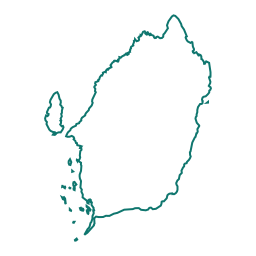 Pulau Morotai, Maluku Utara, Indonesia (Robinson projection)
{"feature_id": "22746128B67952855762127", "entity_name": "Pulau Morotai", "entity_type": "district", "adm_level": 2, "iso_a3": "IDN", "parent_name": "Indonesia", "parent_adm1": "Maluku Utara", "projection": "robinson", "projection_center": [128.365, 2.304], "detail": "fine", "context": "isolated", "style": "outline", "palette": "teal", "viewbox_px": 256, "rotation_deg": 0, "n_neighbors": 0, "source": "geoboundaries", "source_scale": "gbopen_adm2", "svg_char_len": 5696}
<svg xmlns="http://www.w3.org/2000/svg" viewBox="0 0 256 256"><path d="M181.7,26.2L181.1,23.9L178.4,19.0L175.3,15.9L173.5,15.4L171.9,16.5L168.5,21.3L167.0,25.3L167.9,28.3L164.7,33.2L163.4,34.5L163.2,36.8L161.9,38.0L160.1,38.2L157.7,36.6L156.3,37.0L156.0,37.9L154.9,38.1L154.2,37.6L153.5,35.7L151.4,34.9L150.5,33.7L149.9,33.9L150.2,35.1L149.7,35.2L147.7,32.2L147.1,32.5L147.5,33.2L147.4,34.4L146.6,34.6L145.2,33.4L145.4,32.5L144.7,31.3L143.1,31.8L141.4,35.4L140.5,34.9L140.3,36.4L139.2,36.6L138.9,37.6L138.5,37.7L139.1,39.1L139.0,39.9L138.5,40.6L136.6,41.2L135.0,39.2L134.9,40.3L133.9,40.9L134.1,41.8L133.0,44.7L133.3,45.5L131.2,46.7L130.8,47.7L131.0,48.5L130.1,49.4L130.2,50.5L129.7,51.3L130.0,51.9L128.2,52.7L128.8,53.0L128.7,54.0L127.5,54.8L126.5,53.7L126.0,53.7L125.9,54.7L124.5,54.7L123.9,55.6L122.4,56.1L121.0,57.5L119.4,57.1L119.6,58.5L118.2,59.5L118.6,60.5L118.2,61.5L117.6,61.5L117.3,60.7L116.3,61.1L114.9,60.6L114.1,60.8L113.8,61.8L112.7,62.3L110.5,65.2L111.1,66.8L111.5,66.3L111.9,66.4L111.5,66.4L111.5,67.2L108.4,68.6L108.7,68.9L108.0,69.8L106.7,69.6L106.0,70.7L105.8,72.2L104.9,71.8L102.9,72.7L103.1,73.6L102.4,74.9L101.8,75.1L101.9,75.5L101.1,75.5L99.9,77.1L99.2,79.4L98.5,79.8L98.4,80.5L98.1,80.3L97.7,81.4L95.4,82.2L95.1,83.5L95.9,84.9L94.4,86.5L94.3,87.3L95.3,88.8L95.0,91.2L95.8,92.2L92.3,99.6L92.1,101.6L92.7,102.8L91.7,105.5L89.1,108.5L88.7,110.2L86.2,112.8L85.2,114.5L85.2,115.4L82.0,117.7L81.2,119.2L81.3,120.5L79.4,122.2L79.1,123.2L76.4,124.0L75.9,125.7L72.6,127.2L70.8,128.7L70.3,130.2L67.9,132.4L66.6,134.9L66.1,136.3L67.6,136.8L69.7,136.7L71.7,135.9L73.5,136.9L74.2,138.3L73.6,139.3L75.3,140.9L76.0,143.0L76.9,143.1L77.3,145.2L80.5,145.9L80.3,146.6L81.4,146.6L80.3,148.1L81.3,148.2L81.5,149.8L80.3,151.1L79.8,155.5L80.2,157.4L79.6,159.1L78.6,160.6L79.3,161.7L81.0,162.7L80.9,164.7L81.4,165.7L81.0,170.9L79.7,174.5L79.6,176.2L79.9,178.5L81.0,181.1L80.4,187.5L81.8,189.6L81.4,191.7L82.8,194.6L82.6,197.4L87.5,201.2L88.9,199.7L90.0,199.4L91.9,202.7L91.5,203.7L91.6,205.1L93.6,207.9L93.4,209.4L93.7,209.2L94.2,210.4L93.4,211.4L93.5,211.9L93.0,211.8L93.5,212.0L93.7,213.3L92.5,216.0L92.4,218.7L91.3,222.1L90.5,223.0L89.7,226.3L89.0,227.7L87.6,229.1L84.4,234.8L87.4,232.7L93.9,225.4L93.9,224.5L94.5,223.6L94.2,218.3L96.0,216.6L98.9,217.1L103.1,217.0L105.9,215.8L109.4,215.9L113.8,213.7L117.3,212.9L124.2,209.7L132.8,209.1L135.1,208.2L138.8,208.1L141.1,209.8L145.8,210.3L148.2,209.5L149.0,208.2L150.0,207.7L151.1,207.7L152.8,209.2L155.9,208.8L160.8,205.6L161.5,203.6L161.6,201.9L162.3,201.3L163.9,201.3L166.7,198.3L167.4,195.3L168.3,194.4L169.4,193.7L172.0,193.4L172.2,193.8L172.5,193.5L173.4,194.1L174.3,194.1L175.8,193.1L177.0,191.5L177.5,189.8L177.5,186.3L176.5,184.6L176.2,183.1L177.4,180.5L178.9,179.1L179.7,175.1L181.8,172.9L181.5,170.6L183.1,167.4L184.1,166.4L184.2,164.4L185.0,163.6L186.6,163.2L187.0,161.9L189.1,159.7L190.2,157.8L190.7,156.4L190.1,155.0L189.9,152.2L190.5,151.5L192.3,142.5L194.9,137.3L195.5,136.9L196.4,133.4L196.8,133.4L197.7,131.7L197.4,129.1L199.2,126.1L199.2,125.5L196.8,122.8L195.5,118.7L195.8,117.1L196.6,116.1L196.6,114.3L197.3,112.2L197.3,110.0L198.0,107.1L200.1,104.0L201.7,103.9L202.5,103.1L202.7,101.3L202.4,101.3L202.0,99.3L202.6,97.6L203.5,96.8L205.7,96.3L207.8,94.3L209.2,92.5L209.3,90.6L210.3,89.8L210.9,88.3L210.5,87.2L209.6,86.6L209.7,86.0L209.4,86.4L208.8,85.9L210.2,83.1L210.4,81.7L209.0,77.5L209.4,76.7L210.4,76.8L210.5,76.2L210.5,72.2L209.1,62.8L206.2,61.4L204.8,63.8L204.1,63.8L203.9,61.9L202.1,59.3L201.4,59.1L201.3,56.3L200.5,55.0L199.2,54.5L199.1,55.4L198.5,55.5L196.4,52.2L194.1,53.2L193.4,52.1L193.0,52.2L192.7,51.2L193.9,50.1L194.0,49.1L192.9,46.6L192.4,42.4L191.9,42.0L190.5,42.9L187.7,41.4L186.6,39.9L185.6,37.6L185.9,36.8L186.8,36.4L184.0,29.5L181.7,26.2ZM62.0,107.5L61.4,105.9L60.2,104.7L60.8,102.6L60.7,100.6L59.5,98.7L58.6,94.7L57.3,92.2L55.6,92.8L53.8,94.2L50.5,99.9L49.9,102.2L51.0,104.4L50.7,106.2L50.0,107.5L48.9,107.7L46.9,112.2L47.1,113.2L48.6,114.0L48.4,115.2L47.5,116.1L46.1,115.4L45.1,118.3L45.5,120.4L46.9,122.0L46.5,124.1L49.3,129.6L50.6,130.9L52.9,132.0L54.9,132.2L55.6,133.4L58.8,132.3L60.7,132.4L62.7,129.4L63.5,127.2L62.9,125.9L61.7,126.3L60.2,124.5L61.0,123.1L61.0,121.5L60.5,120.8L61.2,120.5L60.6,118.7L61.8,116.3L61.2,113.9L61.9,112.9L61.9,110.6L62.7,107.7L62.0,107.5ZM70.4,165.0L71.3,162.1L70.0,159.2L68.7,161.1L68.6,163.0L69.2,164.7L70.4,165.0ZM74.5,181.9L73.5,182.2L73.2,183.5L73.4,185.7L74.2,186.5L76.4,184.5L74.5,181.9ZM62.9,197.7L62.0,197.2L62.9,199.2L64.5,199.8L65.2,201.2L65.1,202.9L65.8,204.1L65.1,198.5L64.0,197.1L62.9,197.7ZM81.7,208.9L80.9,207.7L79.9,208.1L80.5,209.9L81.2,210.2L82.0,209.3L82.4,210.6L83.1,210.7L83.5,209.9L83.1,208.8L82.5,208.5L81.7,208.9ZM87.2,210.1L86.8,210.3L86.9,211.3L87.6,213.5L88.2,213.8L88.5,213.0L88.0,211.3L87.2,210.1ZM54.8,134.9L55.6,134.3L55.0,133.4L53.4,133.9L52.9,134.7L54.8,134.9ZM75.8,240.6L77.2,239.6L76.6,238.6L74.9,240.0L75.1,240.6L75.8,240.6ZM90.5,209.8L89.3,208.2L88.6,209.2L89.0,210.2L89.9,210.7L90.5,209.8ZM74.6,190.1L74.8,188.2L74.6,187.2L73.7,188.0L73.5,188.8L73.7,189.7L74.6,190.1ZM66.0,186.7L63.4,186.7L63.4,187.1L64.9,188.2L65.5,186.8L66.0,186.7ZM88.4,207.3L86.6,205.9L86.6,206.7L87.7,207.9L88.4,207.3ZM71.0,210.8L71.1,210.4L69.8,209.1L69.8,210.3L71.0,210.8ZM88.3,202.6L87.3,202.6L87.5,203.2L88.5,203.5L88.3,202.6ZM73.1,171.5L72.2,170.7L72.2,171.8L73.1,171.5ZM74.4,221.8L73.5,221.8L73.2,222.6L73.8,222.8L74.4,221.8ZM71.1,188.3L69.7,187.7L68.8,187.3L69.7,188.3L71.1,188.3ZM77.7,160.1L76.9,159.7L76.8,160.2L77.4,161.2L77.7,160.1ZM207.0,102.7L208.0,102.6L208.0,101.9L207.0,102.7ZM90.3,202.0L90.6,201.9L90.7,200.9L89.9,201.4L90.3,202.0ZM62.8,186.5L62.6,185.9L62.3,185.9L62.2,186.8L62.8,186.5Z" fill="none" stroke="#0f766e" stroke-width="2"/></svg>